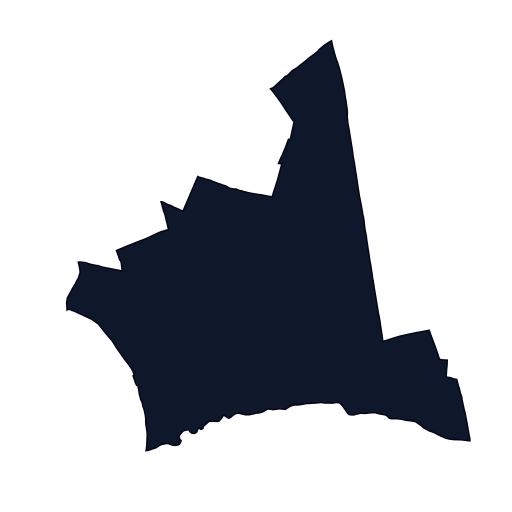 outline of Phasi Charoen, Bangkok Metropolis, Thailand, rotated 174°
{"feature_id": "78962969B24631471480950", "entity_name": "Phasi Charoen", "entity_type": "district", "adm_level": 2, "iso_a3": "THA", "parent_name": "Thailand", "parent_adm1": "Bangkok Metropolis", "projection": "orthographic", "projection_center": [100.442, 13.718], "detail": "fine", "context": "isolated", "style": "filled", "palette": "ink", "viewbox_px": 512, "rotation_deg": 174, "n_neighbors": 0, "source": "geoboundaries", "source_scale": "gbopen_adm2", "svg_char_len": 5936}
<svg xmlns="http://www.w3.org/2000/svg" viewBox="0 0 512 512"><g transform="rotate(174 256 256)"><path d="M224.2,420.7L224.0,420.4L223.7,420.2L223.4,419.9L222.0,417.7L218.2,411.4L214.4,404.7L214.0,403.8L212.9,401.8L211.4,398.7L205.6,387.8L205.0,386.8L204.3,386.0L204.1,385.6L204.1,385.0L204.4,384.5L209.8,368.1L211.5,368.7L215.2,361.2L218.0,356.1L219.2,353.8L220.2,352.4L224.0,345.7L220.7,344.8L226.9,328.8L232.0,317.4L233.4,313.8L233.4,313.5L233.8,313.2L235.3,313.7L236.7,313.9L245.0,316.5L246.8,316.8L253.9,318.8L256.8,319.7L259.2,320.6L261.1,321.2L263.2,322.2L265.6,322.9L268.2,324.4L269.1,324.8L269.6,324.7L271.8,325.1L274.6,326.0L276.9,327.4L278.2,328.5L281.1,329.9L281.7,329.9L283.1,330.9L285.6,331.9L287.5,332.8L289.2,333.7L289.5,333.9L291.0,334.6L292.1,335.2L292.4,335.5L294.8,336.6L298.0,337.7L298.3,337.7L298.5,337.9L299.6,338.6L304.7,340.5L305.4,340.9L305.6,341.1L323.9,308.3L326.7,309.8L327.9,310.6L332.6,313.1L335.2,315.0L336.6,315.7L337.5,315.9L338.2,316.3L339.1,316.8L340.9,318.2L343.8,319.8L344.8,319.9L344.5,318.5L343.2,310.5L342.2,306.5L341.6,301.5L340.9,297.3L340.8,296.0L340.4,292.9L340.2,291.5L347.6,290.1L350.5,289.3L353.2,288.4L358.6,286.5L361.6,285.4L366.3,284.0L371.4,282.7L382.7,279.5L394.2,276.1L393.0,271.1L392.6,270.3L392.7,270.1L392.0,266.2L391.5,266.2L391.3,266.2L390.9,264.3L390.7,262.1L390.7,257.8L390.5,255.5L390.9,255.2L397.3,257.2L409.3,260.8L410.4,261.2L412.9,262.4L414.0,262.9L414.6,263.0L416.2,263.4L420.5,264.7L426.6,267.3L432.0,268.5L433.4,268.4L432.9,265.1L433.0,264.9L432.6,262.0L432.6,260.3L432.6,259.0L433.0,256.8L433.3,256.3L433.8,255.5L434.3,254.0L434.6,253.2L435.0,252.5L436.6,250.5L438.5,247.2L439.5,246.1L443.0,241.4L443.3,240.8L447.7,234.5L448.0,233.8L449.1,230.0L449.3,228.7L449.4,224.1L449.6,222.0L448.4,222.5L447.7,222.5L446.7,222.3L445.8,221.9L444.7,221.1L444.0,220.8L443.6,220.7L442.2,220.0L440.2,218.7L435.7,216.1L426.1,210.3L420.8,205.7L419.8,204.8L414.1,195.7L409.5,188.9L408.5,187.6L407.7,186.2L405.9,182.6L403.3,177.2L402.9,176.7L396.6,165.5L395.0,163.1L391.6,157.0L390.5,154.4L389.5,150.5L390.6,150.1L390.7,149.8L390.7,149.4L389.1,142.3L388.5,140.6L388.2,139.9L387.9,139.7L387.2,139.7L386.9,139.3L386.8,138.2L386.8,137.9L386.5,132.8L386.5,130.9L386.3,129.5L385.7,126.4L385.8,125.5L385.2,124.4L384.8,123.3L384.4,121.1L384.2,118.2L383.6,116.3L383.4,115.2L382.9,111.4L382.9,110.4L382.7,109.1L382.7,105.1L383.0,103.2L383.1,99.6L382.8,93.8L382.8,90.1L383.0,88.8L384.4,79.2L385.4,74.7L385.7,73.9L383.8,73.9L378.2,75.2L376.8,75.4L374.8,76.1L373.6,76.7L371.8,77.7L370.1,78.2L369.4,78.5L365.4,78.8L363.0,78.8L361.4,77.8L358.9,76.7L356.5,76.1L353.0,76.3L352.1,76.7L350.9,78.0L350.1,79.3L349.8,80.3L350.3,80.9L351.2,82.6L351.4,83.2L351.3,84.1L350.8,85.6L349.6,87.0L347.6,88.8L346.7,89.5L345.8,89.8L343.9,90.1L342.0,90.3L341.5,90.3L341.0,89.9L339.4,87.4L338.7,86.8L338.2,86.5L336.3,86.0L335.7,86.0L335.0,86.2L334.5,86.4L333.3,87.2L333.1,87.4L332.5,89.4L332.1,89.8L331.4,90.3L330.2,90.7L329.8,90.5L329.4,89.6L328.9,89.4L328.2,89.5L327.4,89.8L326.7,90.3L326.5,90.8L326.5,91.6L326.1,92.0L323.4,94.1L322.9,94.3L321.8,95.1L320.4,96.3L320.1,96.4L319.6,96.4L317.5,96.4L315.0,96.0L312.8,95.6L310.7,95.6L310.0,95.7L309.3,96.3L307.1,98.3L305.7,100.3L305.1,100.7L304.7,100.7L303.2,100.1L302.6,99.3L301.1,98.1L300.0,97.6L299.6,97.5L299.3,97.6L298.1,98.2L295.4,100.0L294.0,100.8L293.1,101.2L291.4,101.5L290.0,101.5L289.1,101.3L285.2,99.9L282.6,99.1L279.5,98.8L273.7,99.4L273.3,99.7L271.3,99.7L269.8,99.6L266.7,100.0L264.4,100.8L260.7,102.5L260.2,102.5L259.6,102.5L256.8,101.9L255.9,101.6L255.0,101.4L248.2,101.6L244.4,100.6L243.2,100.5L242.7,100.5L237.7,103.0L236.2,103.4L233.5,103.8L229.9,103.5L225.7,103.6L221.1,104.0L218.6,103.8L216.5,103.8L211.8,103.5L206.4,103.5L203.0,102.6L200.1,102.3L195.4,101.7L191.5,101.9L189.5,101.6L188.5,101.2L187.8,100.7L186.0,98.5L185.5,97.7L184.6,96.1L181.9,91.2L180.9,89.5L180.0,88.6L179.5,88.4L177.6,88.0L175.8,87.8L174.8,87.8L172.7,88.2L168.4,88.7L164.5,88.1L163.1,88.0L158.9,88.1L154.6,87.8L153.1,87.4L151.4,86.7L149.5,86.0L146.2,85.1L143.9,84.4L143.0,83.8L141.7,82.5L140.9,81.4L140.3,80.8L138.7,80.1L137.4,79.9L132.7,79.4L128.1,78.4L126.0,77.6L124.3,77.0L117.2,75.4L114.5,74.4L111.0,71.4L108.8,69.7L108.7,69.0L106.7,67.2L102.2,64.1L97.8,62.0L95.7,60.7L94.1,59.6L91.9,58.2L91.3,57.7L89.3,56.7L87.7,55.7L85.6,54.7L82.7,53.7L78.3,52.7L71.6,51.8L69.1,51.3L66.2,50.6L62.6,49.8L62.4,51.6L62.5,53.3L62.8,55.8L63.3,62.7L63.5,66.8L64.6,79.1L65.0,81.2L65.8,88.9L66.1,92.0L66.0,93.5L66.3,95.2L66.9,97.5L67.1,98.3L67.8,104.2L68.1,104.7L69.3,112.3L69.5,112.4L71.6,112.9L73.3,113.6L75.1,114.6L79.7,115.8L79.6,116.2L79.4,116.4L79.4,116.7L78.1,124.2L77.5,126.8L76.7,132.5L78.3,132.7L82.2,133.4L84.3,134.1L86.4,143.7L91.6,164.1L95.4,163.7L96.0,163.7L101.1,163.2L104.4,163.1L107.3,162.7L110.2,162.5L119.0,161.5L120.3,161.4L126.7,160.2L138.5,157.7L138.8,158.3L138.8,160.7L139.0,163.0L138.9,163.8L139.3,171.2L139.5,176.8L139.8,182.3L140.3,186.3L140.4,189.5L140.8,195.1L140.8,196.3L141.6,209.7L142.1,219.9L142.3,220.3L142.4,225.3L142.8,234.3L143.3,240.6L143.6,249.2L143.8,251.1L143.9,255.0L143.9,255.3L144.2,260.7L144.2,264.3L144.6,268.3L144.8,270.7L144.8,272.2L144.8,273.4L144.9,274.3L144.9,280.2L145.1,284.5L145.5,285.8L145.5,288.0L145.9,293.8L146.3,298.4L146.5,300.8L146.9,304.9L147.7,321.6L147.8,327.0L148.0,327.8L148.2,333.3L148.6,340.6L149.0,344.9L149.1,351.4L150.1,369.3L150.1,370.1L150.8,379.1L150.7,381.9L150.8,384.2L150.2,388.5L150.0,391.0L150.3,400.9L150.6,404.4L150.8,411.0L151.6,419.6L152.1,424.2L153.2,431.9L153.4,433.3L154.3,437.9L154.6,439.7L155.6,443.0L155.6,443.7L155.9,444.5L156.2,446.3L156.8,449.8L157.7,455.6L158.0,458.0L158.4,462.2L160.5,461.3L165.7,458.7L171.6,454.7L173.0,453.2L173.9,452.6L177.7,450.2L182.3,447.6L187.0,444.3L192.9,440.7L194.7,439.4L197.6,437.9L199.6,437.0L200.7,436.4L205.6,432.3L206.0,432.0L208.0,431.7L210.7,429.3L212.4,428.2L221.0,421.8L222.9,421.1L223.5,421.0L224.2,420.7Z" fill="#0f172a" stroke="#020617" stroke-width="1.5"/></g></svg>